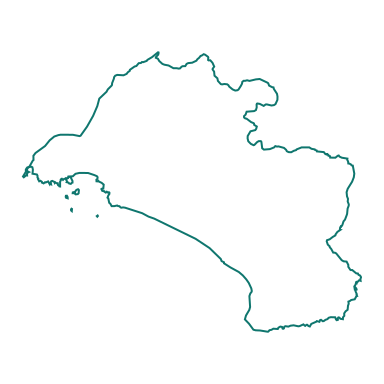 Pasaman Barat, Sumatera Barat, Indonesia (Albers equal-area conic projection)
{"feature_id": "22746128B95220206981522", "entity_name": "Pasaman Barat", "entity_type": "district", "adm_level": 2, "iso_a3": "IDN", "parent_name": "Indonesia", "parent_adm1": "Sumatera Barat", "projection": "albers", "projection_center": [99.54, 0.188], "detail": "fine", "context": "isolated", "style": "outline", "palette": "teal", "viewbox_px": 384, "rotation_deg": 0, "n_neighbors": 0, "source": "geoboundaries", "source_scale": "gbopen_adm2", "svg_char_len": 5888}
<svg xmlns="http://www.w3.org/2000/svg" viewBox="0 0 384 384"><path d="M357.1,296.0L356.5,294.7L356.8,294.2L355.6,291.5L355.4,290.1L356.6,289.6L356.3,288.5L355.3,287.3L354.6,288.3L354.3,286.4L355.3,285.1L355.7,283.9L356.5,283.6L356.0,282.5L356.2,282.0L356.7,281.8L357.1,282.4L359.1,280.3L360.6,280.8L360.4,279.0L361.0,277.5L360.8,276.6L359.9,275.4L358.5,274.8L357.9,273.5L356.3,273.4L352.2,270.0L350.9,270.1L350.3,269.8L348.3,266.8L348.3,264.9L346.6,261.6L343.6,261.3L341.7,260.2L336.2,253.4L334.9,252.7L333.2,252.6L331.2,248.9L329.8,247.3L329.6,246.3L327.8,244.6L326.7,241.3L327.0,240.2L329.7,239.3L332.8,236.9L335.4,235.4L335.5,234.5L337.4,231.9L340.3,229.9L339.8,229.8L340.2,227.3L340.9,227.1L341.1,226.0L341.7,226.0L342.4,224.9L343.5,221.4L345.0,219.6L346.6,215.4L347.1,213.9L347.6,208.6L348.7,205.7L348.8,204.4L347.7,201.5L348.0,198.9L347.0,196.3L346.6,192.2L347.7,188.8L352.1,181.7L353.8,177.3L354.3,173.6L352.8,165.6L351.6,165.4L350.9,164.4L349.3,163.6L348.3,163.5L348.1,161.5L347.2,159.7L347.4,158.6L341.8,157.7L339.5,156.6L338.7,155.5L337.7,155.8L335.4,157.7L330.2,157.6L330.0,156.2L328.4,155.7L328.3,154.8L326.9,154.6L327.0,154.0L325.4,154.1L323.8,152.1L316.9,151.4L316.7,150.5L315.1,150.0L314.8,149.4L311.5,148.8L309.3,147.4L301.6,147.4L296.6,149.4L296.1,150.1L293.8,150.8L291.3,152.2L289.9,152.2L288.6,152.1L286.8,151.2L286.1,149.8L284.0,147.9L278.5,146.4L277.0,146.6L275.3,146.1L274.1,147.4L269.9,149.1L263.9,149.6L262.2,148.3L261.4,141.9L260.8,141.1L258.8,141.1L257.1,142.1L254.4,144.9L253.6,145.2L250.9,143.9L248.3,141.3L247.6,138.4L247.7,136.0L250.5,131.3L255.3,130.1L256.2,128.8L256.8,126.5L254.2,124.9L254.0,123.5L253.5,123.1L251.1,122.1L246.6,118.7L245.2,118.4L244.1,117.5L244.0,116.2L245.6,114.6L246.6,111.7L254.1,111.1L255.9,110.1L256.7,107.5L256.6,104.5L256.9,103.7L257.4,103.5L259.8,103.9L263.7,105.9L265.6,104.5L266.8,104.4L271.5,105.5L274.0,105.1L275.5,104.1L277.4,99.9L277.5,96.6L277.0,93.8L273.9,89.0L273.5,87.4L272.2,87.2L269.1,85.6L268.2,83.2L267.3,82.6L259.7,79.0L255.8,79.4L249.5,80.9L247.1,80.3L245.2,80.8L243.6,80.8L242.3,81.9L242.0,83.7L240.8,86.0L238.6,89.4L237.6,90.2L235.8,90.5L235.1,90.5L232.6,89.4L229.2,86.6L228.4,85.2L227.2,84.3L224.3,84.0L222.1,84.4L220.8,84.1L217.9,80.9L217.4,78.3L214.5,75.7L214.1,71.6L212.6,69.5L212.7,68.7L214.2,66.6L212.5,62.8L210.3,60.3L208.6,60.4L208.1,60.0L208.3,57.5L208.0,56.8L205.1,54.7L203.7,54.2L201.5,55.7L200.6,55.9L199.1,57.8L197.3,59.3L196.4,60.7L192.2,62.7L188.2,63.1L186.6,63.9L185.3,66.1L182.6,66.2L181.6,66.7L180.0,68.4L178.7,68.6L176.7,68.2L173.4,68.2L168.6,65.5L164.4,64.7L162.4,63.9L159.2,61.0L157.9,58.7L155.8,57.8L155.9,57.1L158.2,54.7L158.6,53.0L158.5,52.4L158.0,52.3L152.1,57.1L147.4,59.9L146.7,60.9L143.1,62.2L142.0,62.0L140.9,63.0L138.7,63.2L136.4,66.0L134.6,66.5L129.9,69.8L129.8,70.8L127.8,72.3L126.6,73.9L123.5,75.3L117.2,74.9L115.2,75.7L114.1,77.2L113.9,78.6L112.1,83.2L112.0,84.9L111.5,85.7L107.8,89.4L106.5,91.8L99.3,98.6L97.3,106.1L93.1,115.9L87.0,126.7L80.6,135.7L79.6,136.1L72.9,134.8L60.7,134.7L58.4,135.1L54.3,136.5L49.7,140.3L45.1,146.0L35.5,153.0L33.4,155.8L33.5,160.0L32.8,160.6L29.4,166.6L27.2,167.5L26.3,168.7L25.8,169.7L25.9,171.7L23.0,176.5L23.8,177.3L26.1,175.4L27.1,175.5L27.0,173.8L27.9,172.4L28.9,172.0L26.9,170.9L27.1,169.1L28.4,167.4L30.8,166.7L31.6,166.8L32.4,167.3L32.9,169.7L32.5,173.7L36.9,174.5L37.5,175.7L37.5,177.6L38.3,178.5L38.0,179.1L39.2,181.3L40.2,180.7L41.4,181.4L42.0,182.0L41.9,182.6L43.6,183.4L45.1,182.2L45.7,182.5L48.1,181.4L49.8,184.4L50.3,183.5L51.0,184.0L50.7,182.2L51.3,181.2L52.3,180.9L54.4,182.0L54.7,182.8L55.1,182.2L56.5,183.3L57.7,183.2L58.1,185.2L59.1,185.8L59.4,186.4L60.1,186.5L60.1,181.6L60.8,180.5L60.7,179.6L61.5,178.8L61.9,178.7L63.0,179.9L63.8,179.1L64.9,178.7L65.7,178.9L66.0,178.1L66.8,178.3L67.9,177.9L68.3,176.5L72.8,176.3L75.5,173.8L79.5,172.9L88.1,173.0L94.4,175.1L96.9,176.2L97.6,177.2L97.4,178.9L96.4,179.7L96.5,181.3L97.8,181.4L98.4,180.9L99.0,181.6L101.6,182.8L103.7,184.6L103.3,188.6L102.3,188.5L101.4,189.1L102.3,190.9L104.3,191.2L104.4,191.7L105.8,192.6L106.8,191.7L107.9,192.6L108.7,192.7L109.0,192.3L109.4,192.6L109.4,193.9L108.3,195.5L107.5,197.7L108.3,198.4L109.2,202.8L110.3,203.7L111.6,206.1L114.4,206.1L117.2,205.5L118.1,206.1L119.5,206.2L120.3,207.2L121.2,207.7L123.1,207.4L125.1,207.7L142.2,213.2L148.5,216.6L154.2,218.6L195.6,238.8L209.6,248.1L220.8,259.0L221.6,261.1L224.0,262.3L224.0,263.3L230.4,267.4L238.8,272.0L242.8,275.4L246.3,279.4L248.8,283.0L251.3,288.4L251.8,291.0L251.5,292.0L250.3,293.5L249.4,296.1L250.1,307.0L249.3,309.9L246.0,315.5L244.9,319.4L249.0,323.7L253.4,329.7L255.7,330.3L260.1,330.5L267.5,331.7L268.3,331.6L269.5,330.2L271.5,329.8L273.3,328.7L277.8,329.0L278.4,327.7L280.3,326.6L282.0,326.9L282.6,328.6L283.1,328.8L283.9,328.4L284.3,326.7L285.4,326.2L288.4,326.6L290.5,325.7L293.6,325.3L298.3,326.3L299.6,326.1L303.4,324.4L304.8,325.7L305.2,325.9L306.5,324.8L307.3,324.8L308.4,326.0L309.8,326.5L311.3,323.9L316.3,321.7L316.8,321.1L319.4,321.8L320.2,320.0L321.0,319.8L322.7,321.2L323.7,321.1L325.5,319.8L327.5,319.1L328.6,317.8L330.7,317.2L335.2,317.3L336.0,319.5L336.8,320.2L337.9,319.8L337.7,318.3L338.4,317.4L339.4,317.6L340.4,318.8L342.9,319.2L343.0,317.3L344.3,315.8L344.2,313.4L345.6,311.3L347.6,309.8L348.0,305.7L348.7,303.8L348.4,301.6L349.9,301.0L351.2,300.0L354.7,299.3L356.4,296.2L357.1,296.0ZM70.6,177.1L68.7,176.7L68.1,178.1L66.8,178.6L66.2,179.9L67.1,181.5L66.7,182.2L68.6,182.7L69.1,183.5L70.8,183.9L71.8,182.8L72.5,182.6L72.5,181.0L70.6,177.1ZM78.3,189.3L77.4,189.4L76.0,190.3L74.8,192.4L75.1,193.1L74.9,193.7L75.7,194.4L77.8,194.1L78.6,193.3L78.9,190.1L78.3,189.3ZM66.9,195.7L65.9,195.8L65.7,196.9L66.1,197.8L67.7,198.3L67.6,197.0L66.9,195.7ZM71.8,211.1L72.0,209.0L71.5,208.7L71.0,209.4L71.1,210.5L71.8,211.1ZM73.9,192.1L72.8,192.4L72.7,193.2L73.4,193.2L73.9,192.1ZM97.3,216.7L97.9,216.0L97.6,215.5L96.8,216.1L97.3,216.7Z" fill="none" stroke="#0f766e" stroke-width="2"/></svg>